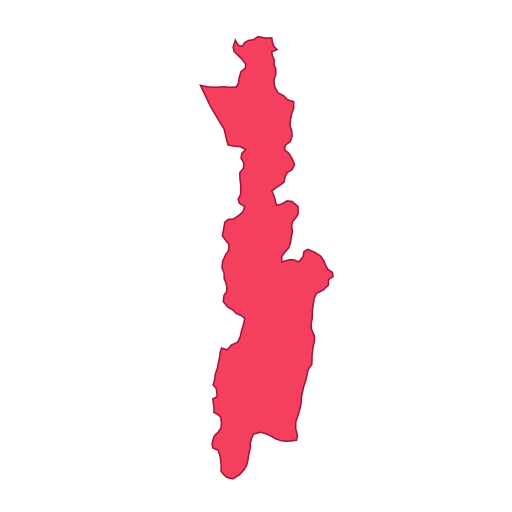 Ubatã, Bahia, Brazil, rotated 351°
{"feature_id": "56859067B37189660907129", "entity_name": "Ubatã", "entity_type": "district", "adm_level": 2, "iso_a3": "BRA", "parent_name": "Brazil", "parent_adm1": "Bahia", "projection": "albers", "projection_center": [-39.521, -14.086], "detail": "fine", "context": "isolated", "style": "filled", "palette": "rose", "viewbox_px": 512, "rotation_deg": 351, "n_neighbors": 0, "source": "geoboundaries", "source_scale": "gbopen_adm2", "svg_char_len": 2737}
<svg xmlns="http://www.w3.org/2000/svg" viewBox="0 0 512 512"><g transform="rotate(351 256 256)"><path d="M183.5,439.1L188.1,441.7L189.3,449.2L188.8,457.4L187.8,463.1L189.9,466.9L193.0,470.4L198.3,472.5L205.1,469.7L210.7,465.3L213.9,461.5L216.1,456.3L218.0,450.3L220.5,444.1L221.1,439.9L223.3,435.0L225.8,431.5L233.1,430.8L239.3,433.8L243.1,436.6L246.6,439.5L251.7,442.2L256.9,443.7L261.8,444.2L267.2,444.3L268.9,439.7L268.2,433.1L269.3,426.2L272.9,419.4L276.2,412.2L277.9,407.1L278.7,402.8L280.4,398.2L282.8,392.3L286.2,385.6L288.1,380.5L290.0,376.0L294.2,371.8L296.0,362.1L298.4,354.1L300.5,349.1L301.2,344.2L299.4,337.1L299.8,331.8L301.8,326.3L303.3,318.3L305.3,311.9L306.8,306.9L309.8,302.5L316.8,300.2L323.0,296.1L324.0,290.5L328.9,288.4L328.9,284.2L324.9,280.4L323.4,276.2L322.2,270.9L319.6,266.0L315.1,261.9L308.3,257.5L304.0,259.2L302.4,263.9L297.5,268.4L292.4,265.6L288.3,264.9L280.6,265.8L281.1,261.0L285.1,256.8L289.4,253.3L292.0,248.8L293.4,244.2L295.8,237.6L295.8,232.3L297.5,227.8L301.0,224.8L304.2,221.2L305.3,213.7L299.9,207.6L295.0,206.4L289.4,208.7L284.1,209.1L283.6,203.0L283.0,198.4L281.7,194.3L286.0,191.9L290.9,189.7L295.4,187.3L297.4,181.6L300.1,178.4L305.0,176.4L308.4,172.0L307.0,165.9L304.4,159.5L300.8,155.7L302.3,151.2L307.9,148.2L310.5,143.2L310.8,137.2L310.0,132.6L311.5,126.6L313.5,121.1L316.5,115.6L317.3,109.4L311.7,106.8L308.5,102.1L303.1,98.2L301.0,91.5L301.2,84.9L304.0,79.8L304.8,73.9L303.6,69.6L304.8,65.5L303.4,60.9L303.6,56.7L309.1,55.5L306.4,51.6L305.7,47.2L305.7,43.0L299.7,42.3L292.4,39.6L287.1,42.0L282.1,41.9L277.9,43.7L275.3,46.8L271.4,45.1L269.3,39.5L266.1,46.1L266.3,50.5L269.2,54.4L272.8,59.3L275.9,64.8L274.7,68.8L269.9,71.6L267.4,77.1L265.5,82.9L262.8,86.0L258.6,85.5L254.5,84.9L250.6,83.7L244.6,83.3L239.7,82.5L234.8,81.4L227.8,78.7L234.4,101.0L242.1,120.4L244.3,125.5L244.7,130.3L245.1,135.8L245.7,142.0L251.3,144.0L257.5,145.6L262.5,149.1L257.9,152.6L256.5,157.3L258.6,162.3L257.1,167.7L253.0,171.2L252.2,177.5L252.0,183.7L250.5,192.6L247.2,197.2L247.9,201.4L252.6,205.4L250.0,210.2L245.6,213.1L239.3,216.0L234.4,215.5L230.4,217.8L228.4,223.9L225.9,230.8L228.2,235.3L231.2,240.5L229.5,246.6L226.3,249.8L222.2,256.1L220.5,262.3L221.8,267.8L221.0,273.2L222.0,277.5L222.4,282.2L221.4,286.6L218.2,289.9L216.5,296.0L220.0,301.8L224.6,305.7L227.8,309.9L232.1,312.4L235.1,315.9L232.7,322.1L229.6,328.5L227.8,333.3L224.4,338.2L217.7,340.1L212.8,344.2L207.6,341.5L205.4,345.7L204.3,350.1L202.1,355.7L200.2,360.9L197.2,366.7L195.7,371.9L193.5,376.6L196.0,380.6L195.7,388.8L191.0,390.3L190.8,394.7L190.8,399.3L189.9,404.0L193.6,406.6L196.0,409.9L195.7,415.7L194.5,420.3L191.2,423.9L186.6,427.1L184.6,431.3L183.1,435.1L183.5,439.1Z" fill="#f43f5e" stroke="#9f1239" stroke-width="1.5"/></g></svg>